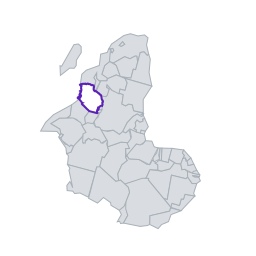 United Republic of Tanzania highlighted on a map of Africa, rotated 195°
{"feature_id": "TZA", "entity_name": "United Republic of Tanzania", "entity_type": "country or territory", "adm_level": 0, "iso_a3": "TZA", "parent_name": "Africa", "parent_adm1": "", "projection": "mercator", "projection_center": [35.057, -6.356], "detail": "fine", "context": "in_parent", "style": "outline", "palette": "violet", "viewbox_px": 256, "rotation_deg": 195, "n_neighbors": 49, "source": "natural_earth", "source_scale": "50m", "svg_char_len": 13650}
<svg xmlns="http://www.w3.org/2000/svg" viewBox="0 0 256 256"><g transform="rotate(195 128 128)"><path d="M66.2,62.5L66.1,66.6L58.2,66.5L58.2,73.3L56.0,73.6L55.8,78.7L45.8,79.6L55.4,61.8L66.2,62.5Z" fill="#d9dde1" stroke="#a8b0b8" stroke-width="1"/><path d="M158.6,142.8L162.0,152.2L157.2,152.7L156.3,160.7L159.3,161.7L159.5,164.4L153.3,160.3L141.2,159.0L140.1,149.6L136.1,148.8L133.5,151.3L129.8,151.5L127.0,146.2L116.9,146.0L120.4,142.8L122.7,143.9L126.2,140.4L130.2,132.9L132.4,121.6L134.6,119.6L141.8,122.0L149.7,119.0L153.9,119.1L156.4,121.4L159.6,120.6L163.1,126.5L159.9,130.4L158.6,142.8Z" fill="#d9dde1" stroke="#a8b0b8" stroke-width="1"/><path d="M188.4,135.9L187.0,125.1L189.7,121.5L196.6,119.7L203.5,112.3L193.5,109.4L190.8,106.0L192.2,103.8L195.8,106.3L211.6,102.4L209.1,112.1L203.4,121.6L188.4,135.9Z" fill="#d9dde1" stroke="#a8b0b8" stroke-width="1"/><path d="M182.6,143.2L169.7,134.2L172.5,127.2L170.0,121.5L173.1,118.4L180.0,123.1L189.1,122.3L187.0,125.1L188.4,135.9L182.6,143.2Z" fill="#d9dde1" stroke="#a8b0b8" stroke-width="1"/><path d="M147.0,111.8L145.2,110.7L144.3,110.0L144.6,107.2L140.6,101.0L143.3,93.2L145.4,93.4L145.3,82.2L148.1,82.2L148.1,77.0L176.9,77.0L178.4,85.8L180.7,87.3L176.9,90.0L175.5,98.5L170.6,105.8L169.9,110.6L166.9,101.8L163.5,107.9L160.2,106.7L157.7,108.9L152.3,108.7L148.3,106.7L145.4,110.8L147.0,111.8Z" fill="#d9dde1" stroke="#a8b0b8" stroke-width="1"/><path d="M145.3,83.3L145.4,93.4L143.3,93.2L140.6,101.0L142.9,104.6L131.0,112.6L124.4,113.7L121.2,108.5L124.9,107.4L122.8,99.1L120.2,96.5L124.4,90.8L126.0,81.2L123.4,74.7L125.9,73.3L145.3,83.3Z" fill="#d9dde1" stroke="#a8b0b8" stroke-width="1"/><path d="M127.0,204.4L128.2,203.1L132.2,205.7L135.7,204.1L135.7,194.1L138.1,199.6L139.8,199.3L144.0,195.4L149.7,196.0L158.9,187.0L163.1,187.4L164.9,193.0L164.7,196.9L162.8,196.6L161.9,199.4L163.4,200.9L167.1,199.4L165.6,204.9L155.9,216.3L150.0,219.7L142.2,219.5L136.1,222.2L132.0,220.3L131.6,213.1L127.0,204.4ZM157.8,205.5L155.6,205.2L152.9,208.0L155.6,209.9L157.8,205.5Z" fill="#d9dde1" stroke="#a8b0b8" stroke-width="1"/><path d="M157.8,205.5L155.6,209.9L152.9,208.0L155.6,205.2L157.8,205.5Z" fill="#d9dde1" stroke="#a8b0b8" stroke-width="1"/><path d="M163.1,187.4L155.4,185.4L148.7,175.7L153.1,176.2L160.9,170.0L167.2,173.1L166.7,182.3L163.1,187.4Z" fill="#d9dde1" stroke="#a8b0b8" stroke-width="1"/><path d="M158.9,187.0L149.7,196.0L144.0,195.4L139.8,199.3L138.1,199.6L135.7,194.1L135.7,186.3L138.1,186.2L138.1,177.0L148.7,175.7L155.4,185.4L158.9,187.0Z" fill="#d9dde1" stroke="#a8b0b8" stroke-width="1"/><path d="M135.7,186.3L135.7,204.1L132.2,205.7L128.2,203.1L127.0,204.4L124.3,200.3L122.0,187.0L115.8,174.6L148.3,175.3L138.1,177.0L138.1,186.2L135.7,186.3Z" fill="#d9dde1" stroke="#a8b0b8" stroke-width="1"/><path d="M46.6,98.5L44.4,95.6L48.1,91.3L51.8,90.9L57.7,95.9L59.3,101.3L46.7,101.5L46.3,99.6L53.6,98.7L46.6,98.5Z" fill="#d9dde1" stroke="#a8b0b8" stroke-width="1"/><path d="M59.3,101.3L57.7,95.9L58.9,94.0L73.8,93.7L71.6,69.1L75.3,69.1L94.9,83.0L95.0,84.6L97.7,84.4L96.1,93.5L84.7,95.0L77.5,98.8L74.1,106.5L67.7,106.9L65.1,101.7L62.6,102.8L59.3,101.3Z" fill="#d9dde1" stroke="#a8b0b8" stroke-width="1"/><path d="M45.8,79.6L55.8,78.7L56.0,73.6L58.2,73.3L58.2,66.5L66.1,66.6L66.2,62.5L75.3,69.1L71.6,69.1L73.8,93.7L58.9,94.0L57.7,95.9L51.8,90.9L47.2,92.1L47.7,81.9L45.8,79.6Z" fill="#d9dde1" stroke="#a8b0b8" stroke-width="1"/><path d="M93.8,116.6L91.8,116.9L91.3,109.5L89.2,106.2L94.2,101.9L96.5,105.6L93.9,111.1L93.8,116.6Z" fill="#d9dde1" stroke="#a8b0b8" stroke-width="1"/><path d="M123.4,74.7L126.0,81.2L124.4,90.8L120.2,96.5L122.8,99.1L121.8,101.2L119.1,98.5L109.2,100.4L100.5,97.8L97.3,98.6L96.1,103.3L89.8,100.3L88.2,95.1L96.1,93.5L97.7,84.4L116.5,73.1L121.7,75.7L123.4,74.7Z" fill="#d9dde1" stroke="#a8b0b8" stroke-width="1"/><path d="M93.8,116.6L97.9,98.1L109.2,100.4L119.1,98.5L122.7,102.2L115.8,114.8L109.7,116.1L108.0,120.2L101.6,121.5L97.8,116.6L93.8,116.6Z" fill="#d9dde1" stroke="#a8b0b8" stroke-width="1"/><path d="M122.5,100.3L124.9,107.4L121.2,108.5L124.8,113.1L122.5,120.3L126.0,127.6L110.7,126.3L107.9,120.9L108.6,118.5L111.9,114.7L115.8,114.8L122.5,100.3Z" fill="#d9dde1" stroke="#a8b0b8" stroke-width="1"/><path d="M89.5,104.9L91.8,116.9L89.9,117.4L87.2,105.6L89.5,104.9Z" fill="#d9dde1" stroke="#a8b0b8" stroke-width="1"/><path d="M87.3,104.9L89.9,117.4L80.3,119.7L80.1,105.0L87.3,104.9Z" fill="#d9dde1" stroke="#a8b0b8" stroke-width="1"/><path d="M67.7,106.9L72.2,106.1L80.4,108.3L80.3,119.7L68.5,121.2L68.9,117.9L66.4,116.1L67.7,106.9Z" fill="#d9dde1" stroke="#a8b0b8" stroke-width="1"/><path d="M54.0,101.0L62.6,102.8L65.1,101.7L67.7,106.9L67.1,113.1L64.9,114.0L63.5,111.0L61.7,111.5L60.2,107.3L55.1,110.1L50.5,104.8L54.0,101.0Z" fill="#d9dde1" stroke="#a8b0b8" stroke-width="1"/><path d="M46.7,101.5L54.0,101.0L53.8,102.9L50.5,104.8L46.7,101.5Z" fill="#d9dde1" stroke="#a8b0b8" stroke-width="1"/><path d="M66.8,113.1L66.4,116.1L68.9,117.9L68.5,121.2L59.5,115.3L62.4,111.3L64.9,114.0L66.8,113.1Z" fill="#d9dde1" stroke="#a8b0b8" stroke-width="1"/><path d="M55.1,110.1L60.2,107.3L62.4,111.3L59.5,115.3L55.1,110.1Z" fill="#d9dde1" stroke="#a8b0b8" stroke-width="1"/><path d="M74.1,106.5L76.9,99.4L84.7,95.0L88.2,95.1L89.8,100.3L92.6,100.9L89.5,104.9L80.1,105.0L80.4,108.3L74.1,106.5Z" fill="#d9dde1" stroke="#a8b0b8" stroke-width="1"/><path d="M153.9,119.1L146.6,119.4L141.8,122.0L134.6,119.6L132.2,123.3L128.9,122.8L126.2,126.3L122.4,118.6L124.4,113.7L131.0,112.6L142.9,104.6L144.3,110.0L153.9,119.1Z" fill="#d9dde1" stroke="#a8b0b8" stroke-width="1"/><path d="M132.2,123.3L130.2,132.9L126.2,140.4L122.7,143.9L118.0,142.6L116.3,144.1L114.3,141.5L116.1,140.2L115.2,138.6L117.9,136.6L121.3,137.9L122.4,135.1L120.9,131.8L122.0,128.9L119.6,128.6L119.1,126.3L126.0,127.6L128.9,122.8L132.2,123.3Z" fill="#d9dde1" stroke="#a8b0b8" stroke-width="1"/><path d="M114.7,126.3L118.8,126.2L119.6,128.6L122.0,128.9L120.9,131.8L122.4,135.1L121.3,137.9L117.9,136.6L115.2,138.6L116.1,140.2L114.3,141.5L108.7,134.5L110.4,129.4L114.7,129.3L114.7,126.3Z" fill="#d9dde1" stroke="#a8b0b8" stroke-width="1"/><path d="M110.7,126.3L114.7,126.3L114.7,129.3L110.4,129.4L110.7,126.3Z" fill="#d9dde1" stroke="#a8b0b8" stroke-width="1"/><path d="M162.0,152.2L168.1,155.5L166.8,165.5L168.1,166.2L160.7,168.2L160.9,170.0L153.1,176.2L143.7,175.1L140.5,171.5L140.6,163.5L145.7,163.5L145.4,158.6L153.3,160.3L159.5,164.4L159.3,161.7L156.3,160.7L156.5,154.2L157.8,152.4L162.0,152.2Z" fill="#d9dde1" stroke="#a8b0b8" stroke-width="1"/><path d="M167.0,154.4L170.7,156.7L171.3,165.2L174.1,167.8L172.5,173.3L171.1,167.8L166.8,165.5L168.7,157.6L167.0,154.4Z" fill="#d9dde1" stroke="#a8b0b8" stroke-width="1"/><path d="M171.3,160.1L178.4,160.2L185.3,157.1L186.5,168.0L183.2,173.1L171.9,181.0L173.5,192.3L167.6,195.6L167.1,199.4L165.3,199.4L163.1,187.4L166.7,182.3L167.2,173.1L161.1,171.0L160.7,168.2L168.1,166.2L171.1,167.8L172.5,173.3L174.1,167.8L171.3,165.2L171.3,160.1Z" fill="#d9dde1" stroke="#a8b0b8" stroke-width="1"/><path d="M165.3,199.4L163.4,200.9L161.9,199.4L162.8,196.6L165.3,199.4Z" fill="#d9dde1" stroke="#a8b0b8" stroke-width="1"/><path d="M116.3,144.1L118.0,144.0L116.9,146.0L116.3,144.1ZM117.2,146.7L127.0,146.2L129.8,151.5L133.5,151.3L136.1,148.8L140.1,149.6L141.2,159.0L145.7,159.4L145.7,163.5L140.6,163.5L140.5,171.5L143.7,175.1L115.8,174.6L120.7,159.5L117.2,146.7Z" fill="#d9dde1" stroke="#a8b0b8" stroke-width="1"/><path d="M161.4,137.7L162.1,140.0L158.6,142.8L157.9,138.8L161.4,137.7Z" fill="#d9dde1" stroke="#a8b0b8" stroke-width="1"/><path d="M206.9,161.3L209.8,170.5L208.1,170.5L201.8,194.5L197.7,196.3L194.4,194.6L192.7,188.8L195.4,180.1L194.2,174.9L195.4,171.8L199.9,170.7L206.9,161.3Z" fill="#d9dde1" stroke="#a8b0b8" stroke-width="1"/><path d="M46.3,99.6L50.6,97.8L53.6,98.7L46.3,99.6Z" fill="#d9dde1" stroke="#a8b0b8" stroke-width="1"/><path d="M110.3,54.4L105.6,43.5L107.8,35.0L110.4,33.8L112.0,35.7L114.1,34.6L112.0,42.8L115.2,46.3L110.3,54.4Z" fill="#d9dde1" stroke="#a8b0b8" stroke-width="1"/><path d="M66.2,62.5L66.2,58.5L84.1,48.9L82.0,40.4L84.3,38.7L90.8,36.1L107.8,35.0L105.6,43.5L109.3,49.3L111.1,56.9L109.9,66.1L112.3,70.7L116.5,73.1L101.1,83.2L95.0,84.6L94.9,83.0L66.2,62.5Z" fill="#d9dde1" stroke="#a8b0b8" stroke-width="1"/><path d="M175.9,96.4L176.9,90.0L180.7,87.3L182.8,92.6L192.1,100.7L190.3,101.1L184.6,96.1L175.9,96.4Z" fill="#d9dde1" stroke="#a8b0b8" stroke-width="1"/><path d="M55.4,61.8L64.0,55.5L64.7,48.0L70.5,43.5L72.9,38.6L82.0,40.4L84.1,48.9L66.2,58.5L66.2,61.8L55.4,61.8Z" fill="#d9dde1" stroke="#a8b0b8" stroke-width="1"/><path d="M176.9,77.0L148.1,77.0L148.5,50.9L157.6,52.8L162.6,50.9L165.0,52.7L170.6,51.8L172.2,56.7L170.3,61.3L165.9,56.0L174.1,71.9L173.7,74.1L176.9,77.0Z" fill="#d9dde1" stroke="#a8b0b8" stroke-width="1"/><path d="M147.9,49.9L148.1,82.2L145.3,83.3L125.9,73.3L121.7,75.7L112.3,70.7L109.9,66.1L111.5,51.4L115.2,46.3L124.4,48.9L125.5,51.4L133.7,54.5L138.0,47.6L147.9,49.9Z" fill="#d9dde1" stroke="#a8b0b8" stroke-width="1"/><path d="M203.5,112.3L196.6,119.7L183.5,123.5L175.2,121.0L167.4,112.9L175.9,96.4L178.7,96.9L179.5,95.0L188.5,98.8L190.3,101.1L188.8,104.8L191.3,105.1L193.5,109.4L203.5,112.3Z" fill="#d9dde1" stroke="#a8b0b8" stroke-width="1"/><path d="M190.3,101.1L192.6,101.5L191.3,105.1L188.8,104.8L190.3,101.1Z" fill="#d9dde1" stroke="#a8b0b8" stroke-width="1"/><path d="M169.7,134.2L159.2,135.1L163.3,122.6L170.0,121.5L171.1,123.2L172.5,127.2L169.7,134.2Z" fill="#d9dde1" stroke="#a8b0b8" stroke-width="1"/><path d="M161.3,134.6L162.1,137.4L157.9,138.8L158.5,135.8L161.3,134.6Z" fill="#d9dde1" stroke="#a8b0b8" stroke-width="1"/><path d="M162.3,123.3L159.6,120.6L155.3,121.1L145.4,110.8L150.0,106.4L152.3,108.7L157.7,108.9L160.2,106.7L163.5,107.9L166.1,104.7L165.3,102.5L168.0,102.0L169.9,110.6L167.4,112.9L173.1,118.4L168.5,122.6L162.3,123.3Z" fill="#d9dde1" stroke="#a8b0b8" stroke-width="1"/><path d="M167.3,154.8L167.2,154.8L166.9,154.6L166.6,154.5L166.3,154.3L166.2,154.2L165.9,154.2L165.6,154.1L165.4,154.0L165.2,154.0L164.9,153.9L164.9,153.7L164.7,153.6L164.4,153.6L164.2,153.5L164.0,153.3L164.0,153.1L163.8,153.0L163.5,152.9L162.9,152.9L162.6,152.7L162.4,152.5L162.3,152.3L162.1,152.0L162.1,151.8L162.0,151.6L161.8,151.3L161.6,150.8L161.4,150.5L161.2,150.0L161.2,149.7L161.0,149.4L160.8,149.0L160.6,148.8L160.5,148.7L160.2,148.4L159.8,148.2L159.5,148.0L159.2,147.4L159.1,147.2L159.0,146.9L159.0,146.5L159.0,146.4L159.3,145.9L159.3,145.6L159.1,145.2L159.0,144.8L158.8,144.5L158.6,144.0L158.6,143.8L158.6,143.6L158.7,143.2L158.8,142.8L158.8,142.7L159.6,142.7L160.1,142.3L160.6,141.8L160.7,141.6L160.9,141.2L161.1,141.0L161.2,140.9L161.2,140.7L161.3,140.6L161.5,140.3L161.8,140.2L161.7,140.0L161.8,140.0L161.9,139.9L162.2,139.8L162.2,139.6L162.2,139.4L162.2,139.2L161.7,139.0L161.5,138.9L161.4,138.9L161.3,138.7L161.4,138.4L161.3,138.2L161.5,137.7L161.8,137.6L162.0,137.6L162.3,137.5L162.3,137.4L162.4,137.1L162.3,136.8L162.2,136.6L162.2,136.3L162.3,136.0L162.2,135.6L162.1,135.4L162.0,135.2L161.8,135.2L161.5,134.8L161.4,134.6L161.5,134.4L161.9,134.4L162.0,134.3L162.3,134.3L162.6,134.3L163.0,134.3L163.4,134.3L163.9,134.3L164.3,134.3L164.7,134.3L165.1,134.3L165.6,134.3L166.0,134.3L166.4,134.3L166.9,134.3L167.3,134.3L167.7,134.3L168.2,134.3L168.6,134.3L169.0,134.3L169.5,134.3L169.9,134.3L170.1,134.4L170.3,134.5L170.8,134.8L171.3,135.1L171.8,135.4L172.4,135.6L172.9,135.9L173.4,136.2L173.9,136.5L174.4,136.8L175.0,137.1L175.5,137.4L176.0,137.7L176.5,138.0L177.0,138.2L177.6,138.5L178.1,138.8L178.6,139.1L178.8,139.3L178.9,139.6L178.9,139.9L178.8,140.1L178.8,140.3L178.7,140.4L178.8,140.4L179.0,140.5L179.2,140.8L179.4,140.9L179.8,141.2L180.2,141.5L180.5,141.8L180.9,142.0L181.3,142.3L181.7,142.6L182.0,142.8L182.4,143.1L182.6,143.2L182.7,143.3L182.6,143.5L182.4,144.0L182.3,144.4L182.3,144.6L182.1,145.3L181.9,145.6L181.7,146.2L181.7,146.6L181.8,147.0L181.8,147.3L182.1,147.6L182.3,147.7L182.4,147.8L182.7,148.1L182.8,148.5L183.3,148.6L183.5,149.0L183.4,149.2L183.2,149.4L183.0,149.7L182.8,150.2L182.8,150.8L182.9,150.7L183.2,150.9L183.2,151.4L183.0,152.0L182.9,152.2L182.9,152.5L183.1,153.1L183.3,153.5L183.2,153.7L183.7,154.3L183.7,154.8L183.8,155.3L183.9,155.6L184.0,155.9L184.0,156.1L183.9,156.3L184.2,156.3L184.4,156.5L184.5,156.7L184.8,156.7L184.9,156.8L185.1,156.9L185.5,157.2L185.6,157.3L185.4,157.7L185.0,158.0L184.5,158.3L184.1,158.5L183.8,158.7L183.5,158.7L183.2,158.9L182.9,159.1L182.6,159.2L182.1,159.2L181.6,159.3L181.2,159.6L180.9,159.8L180.5,159.5L180.1,159.5L179.7,159.5L179.4,159.6L179.3,160.0L179.0,160.2L178.6,160.4L178.2,160.5L177.8,160.5L177.5,160.4L177.4,160.2L177.2,160.2L176.7,160.3L176.5,160.5L176.1,160.5L175.6,160.5L175.3,160.4L175.0,160.1L174.6,159.9L174.3,159.9L174.1,160.1L173.9,160.2L173.8,160.3L173.6,160.3L173.5,160.2L173.4,160.2L172.8,160.2L172.3,160.2L172.3,159.9L172.1,159.7L171.9,159.6L171.7,159.4L171.6,159.2L171.4,158.9L171.4,158.7L171.6,158.5L171.6,158.3L171.6,158.0L171.5,157.8L171.4,157.6L171.4,157.3L171.4,157.2L171.4,156.9L171.2,156.5L171.2,156.4L171.1,156.2L170.8,155.7L170.2,155.2L169.9,155.1L169.9,155.4L169.8,155.5L169.7,155.5L169.4,155.3L169.2,155.3L168.8,155.3L168.7,155.4L168.3,155.1L168.1,155.1L167.9,155.0L167.5,154.8L167.4,154.8L167.3,154.8ZM183.3,146.9L183.5,147.4L183.5,147.5L183.4,147.6L183.2,147.5L183.2,147.3L182.9,147.1L182.7,147.1L182.6,146.9L182.6,146.7L182.6,146.3L182.8,146.1L182.9,145.8L183.0,146.0L183.0,146.3L183.2,146.7L183.3,146.9L183.3,146.9ZM184.2,143.8L184.3,143.9L184.2,144.0L184.2,144.4L184.2,144.6L184.1,145.0L183.9,145.1L183.7,144.9L183.8,144.3L183.8,143.8L184.0,143.9L184.2,143.8ZM183.9,151.3L183.7,151.3L183.6,151.2L183.9,151.0L184.2,150.7L184.3,150.5L184.1,151.1L183.9,151.3Z" fill="none" stroke="#5b21b6" stroke-width="2"/></g></svg>